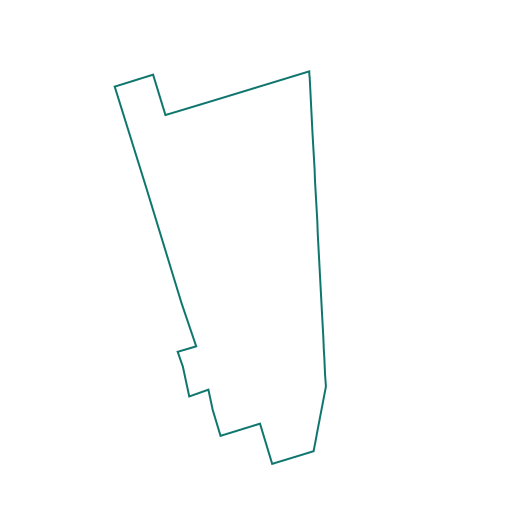 outline of Vilas, Wisconsin, United States of America, rotated 73°
{"feature_id": "52423323B83029835458818", "entity_name": "Vilas", "entity_type": "district", "adm_level": 2, "iso_a3": "USA", "parent_name": "United States of America", "parent_adm1": "Wisconsin", "projection": "equal_earth", "projection_center": [-89.368, 46.078], "detail": "fine", "context": "isolated", "style": "outline", "palette": "teal", "viewbox_px": 512, "rotation_deg": 73, "n_neighbors": 0, "source": "geoboundaries", "source_scale": "gbopen_adm2", "svg_char_len": 639}
<svg xmlns="http://www.w3.org/2000/svg" viewBox="0 0 512 512"><g transform="rotate(73 256 256)"><path d="M417.6,342.5L417.5,301.2L459.5,301.3L459.5,258.0L455.7,256.0L453.7,254.9L438.2,246.8L401.3,227.3L389.0,224.5L375.6,221.0L373.7,220.5L363.6,218.1L361.2,217.4L360.4,217.2L359.6,217.0L355.0,215.8L354.3,215.6L333.6,210.5L253.4,190.6L239.5,186.9L201.3,177.6L190.6,174.7L155.2,166.1L102.7,152.9L102.1,152.7L98.8,152.1L95.0,151.1L94.9,260.1L94.7,301.4L52.5,301.4L52.7,341.6L157.6,341.0L279.2,341.0L324.9,339.6L324.7,358.9L340.5,358.3L370.8,360.9L369.9,340.6L390.5,342.4L417.6,342.5Z" fill="none" stroke="#0f766e" stroke-width="2"/></g></svg>